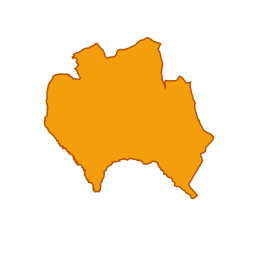 Poiana Sibiului, Alba, Romania, rotated 67°
{"feature_id": "2599482B41231020029051", "entity_name": "Poiana Sibiului", "entity_type": "district", "adm_level": 2, "iso_a3": "ROU", "parent_name": "Romania", "parent_adm1": "Alba", "projection": "equal_earth", "projection_center": [23.723, 45.806], "detail": "fine", "context": "isolated", "style": "filled", "palette": "amber", "viewbox_px": 256, "rotation_deg": 67, "n_neighbors": 0, "source": "geoboundaries", "source_scale": "gbopen_adm2", "svg_char_len": 5862}
<svg xmlns="http://www.w3.org/2000/svg" viewBox="0 0 256 256"><g transform="rotate(67 128 128)"><path d="M142.1,188.7L142.6,188.6L142.6,188.3L142.4,188.1L142.5,187.4L142.8,187.2L143.0,186.3L143.6,185.7L144.7,185.4L145.8,185.7L146.9,184.8L147.1,185.2L147.8,184.9L148.3,184.9L149.0,185.2L149.9,185.2L150.0,183.8L150.7,184.7L154.2,186.3L154.7,186.4L156.2,185.9L158.3,186.1L159.1,185.7L159.6,186.0L160.0,185.9L160.3,185.8L159.9,185.5L160.8,184.9L161.2,185.3L162.2,185.0L162.2,185.4L162.6,185.4L163.8,183.8L164.0,183.0L166.8,182.2L167.2,182.2L167.5,182.8L168.0,183.1L168.5,183.0L169.4,183.2L170.2,183.9L171.8,184.0L171.4,183.1L172.6,183.5L174.0,183.2L174.2,181.7L175.2,180.0L175.2,179.7L174.8,179.2L174.7,178.4L174.5,178.2L171.1,175.9L170.3,175.7L169.6,175.3L168.9,175.3L167.7,174.3L166.8,172.6L166.0,172.2L163.9,169.9L163.6,169.1L160.7,167.8L159.1,167.4L158.8,166.6L158.8,166.0L158.6,165.8L158.2,164.9L157.9,164.7L157.3,163.8L156.6,163.4L156.5,163.0L156.2,162.7L155.8,161.9L155.7,160.5L155.3,159.8L155.3,158.3L155.1,157.8L155.1,157.4L154.9,156.9L153.8,155.8L153.4,155.6L154.2,152.8L155.1,148.5L154.1,148.3L154.4,145.9L154.4,145.0L154.6,144.5L155.5,143.6L155.5,143.3L155.2,142.7L156.7,141.8L157.3,140.7L157.0,140.2L157.2,139.8L157.2,139.5L157.0,139.0L156.4,138.3L157.5,136.6L158.7,135.5L160.0,133.2L161.0,132.4L161.6,131.5L162.0,131.2L162.2,130.8L162.2,129.8L162.5,129.6L162.9,129.0L164.0,128.4L166.5,127.9L166.9,127.7L167.9,125.9L168.3,125.7L168.3,125.0L168.7,124.4L168.6,122.6L168.9,120.7L168.5,119.1L168.5,117.9L168.9,116.8L170.4,115.3L170.7,114.8L171.5,114.6L174.8,114.7L176.0,114.3L179.6,113.8L180.0,113.2L180.5,112.9L181.1,112.8L181.8,112.4L182.4,112.3L183.7,112.3L183.8,112.4L183.9,112.9L184.2,113.1L184.4,113.0L184.7,112.9L184.6,112.2L185.0,111.3L186.2,110.8L187.8,110.7L188.9,110.3L189.8,109.3L190.5,108.2L191.5,107.6L192.8,107.5L194.1,107.7L194.8,107.4L195.8,106.5L196.8,106.4L197.3,106.4L198.6,107.4L199.2,107.5L200.8,106.3L201.2,105.5L201.3,104.6L202.5,103.4L203.7,102.7L206.0,101.9L208.0,100.2L210.6,99.8L211.1,99.4L212.1,98.2L213.0,97.8L213.6,97.1L214.1,96.8L216.7,97.1L217.1,97.0L218.0,96.4L218.3,94.7L217.2,90.7L214.5,91.3L207.9,93.6L204.9,94.2L203.5,94.1L187.7,72.6L187.0,72.2L184.3,71.8L181.0,71.7L180.0,71.1L180.1,69.1L180.3,67.9L179.6,66.1L178.9,65.4L176.3,64.2L176.1,63.9L175.6,62.9L175.5,61.9L174.6,60.1L173.9,59.2L173.7,57.9L172.7,56.1L172.5,55.3L171.5,54.1L169.6,52.7L167.7,53.6L166.6,53.9L165.4,54.6L164.1,56.0L161.0,58.6L160.7,59.1L151.7,60.0L148.5,59.5L148.3,60.0L148.3,60.3L138.3,59.2L135.2,58.5L133.4,58.0L132.9,57.5L131.4,56.4L129.3,56.4L126.4,56.8L125.5,56.7L124.7,56.2L123.9,56.0L121.1,56.0L119.6,55.6L118.9,55.6L116.5,55.0L114.7,54.9L112.3,53.8L110.3,52.5L110.2,53.5L109.3,57.0L105.7,57.6L104.6,58.0L102.0,59.0L101.0,59.8L100.4,60.5L102.7,63.7L103.0,64.5L103.1,65.4L103.0,66.0L102.4,67.2L101.8,69.4L101.3,70.2L100.1,73.1L99.0,74.5L98.9,74.9L99.2,75.4L100.0,76.0L104.1,77.2L105.1,77.8L105.4,78.2L103.8,77.7L102.7,77.6L96.7,77.7L94.0,76.6L90.6,75.9L87.7,74.4L83.9,71.9L82.5,71.3L80.7,70.7L76.0,70.3L74.8,69.9L71.4,69.3L69.9,69.3L68.1,69.6L67.2,69.5L66.7,68.7L65.2,67.4L63.3,65.0L61.6,66.7L61.0,67.6L59.7,68.9L59.0,70.0L57.6,71.1L55.1,72.4L52.5,74.8L52.5,76.6L52.8,79.2L52.4,81.7L52.3,83.2L52.9,84.2L53.4,86.7L54.6,88.8L54.5,91.9L54.9,95.4L54.2,101.2L53.9,102.1L53.3,103.0L52.8,104.2L52.4,105.8L52.5,107.1L52.6,107.4L53.2,108.0L55.0,109.3L56.3,111.0L56.8,112.0L56.9,113.6L55.8,116.7L55.8,118.6L55.6,119.6L55.1,120.4L53.8,120.9L52.4,121.0L50.0,120.6L47.3,120.6L46.1,120.9L44.3,121.9L43.4,121.9L42.8,122.3L41.7,122.4L41.2,123.0L38.4,123.1L37.7,124.4L37.7,125.0L38.6,126.7L38.7,127.4L38.5,129.1L39.0,132.0L39.0,132.8L38.2,135.6L38.1,137.0L38.2,139.0L39.0,141.8L39.1,144.5L38.8,146.9L38.9,148.1L39.0,149.2L40.2,149.0L40.7,150.3L40.9,151.0L40.7,151.3L40.9,151.6L41.3,151.8L42.4,151.6L42.2,150.0L42.3,149.5L42.7,149.3L43.3,148.4L44.1,148.4L44.7,147.9L45.2,147.8L45.8,148.0L46.0,148.9L46.3,149.3L47.5,149.8L48.8,149.4L49.9,148.8L50.4,148.8L50.9,149.7L51.4,150.1L51.9,151.1L52.7,153.1L52.6,153.6L53.5,153.2L55.8,152.7L63.7,152.4L64.0,152.4L64.1,152.6L63.9,154.0L63.6,155.1L61.6,157.9L61.3,159.4L60.1,159.5L58.6,160.3L56.5,162.0L56.2,161.5L55.9,161.5L55.5,161.8L55.1,162.4L55.1,162.8L54.5,163.4L53.7,165.7L52.6,167.3L52.0,168.6L52.0,169.7L51.7,170.0L51.0,172.1L50.9,174.4L51.1,175.2L51.1,176.5L54.0,179.4L54.5,180.3L54.8,181.3L55.4,182.3L56.5,183.3L57.4,184.5L57.9,185.0L58.9,185.4L60.6,186.7L62.1,187.5L64.3,189.1L66.4,189.5L67.2,190.1L68.3,190.3L70.1,191.6L70.6,192.4L71.2,192.8L72.8,192.8L73.6,193.3L74.2,193.1L76.0,193.8L77.6,193.7L77.8,193.9L78.1,194.4L79.0,194.6L79.4,194.8L79.7,195.2L80.5,195.6L81.8,195.7L82.8,196.7L83.9,197.0L85.3,198.2L85.6,199.0L85.7,199.9L85.9,200.3L86.7,200.4L86.9,200.7L89.4,201.9L89.8,202.6L90.3,202.9L91.5,202.9L93.8,203.5L96.3,202.5L97.3,201.9L97.6,201.9L98.1,202.3L98.7,202.4L99.7,202.0L100.3,202.1L100.8,201.7L102.1,201.7L102.6,201.1L104.5,200.4L106.2,199.5L111.0,198.3L111.9,198.6L112.5,198.3L112.8,197.4L113.8,197.5L114.7,197.9L115.8,197.6L115.9,197.0L116.1,197.0L116.9,197.7L117.3,197.7L118.2,196.9L118.8,196.6L118.8,195.8L119.0,195.3L119.8,195.6L120.0,195.3L120.8,195.7L120.9,196.2L121.1,196.2L121.1,195.7L121.5,195.2L121.3,194.7L122.0,194.3L121.5,194.1L121.6,193.9L122.6,193.8L122.7,193.5L123.9,193.2L124.9,193.1L125.6,193.2L126.0,192.8L126.2,192.4L126.9,192.0L127.4,191.3L127.8,191.6L127.7,191.9L127.8,192.3L129.3,191.8L130.2,190.3L131.3,189.6L131.6,190.0L132.3,189.9L133.4,189.0L134.3,190.1L134.5,190.0L134.5,189.6L134.7,189.4L135.1,189.6L134.8,189.9L134.9,190.0L135.7,190.0L136.1,189.9L136.2,189.6L135.9,189.5L135.7,189.2L136.4,189.0L137.1,189.2L136.9,189.9L137.1,190.0L138.0,189.4L138.0,189.1L138.5,188.4L139.2,188.5L139.3,188.6L138.8,188.9L138.7,189.2L139.4,189.6L139.6,189.6L139.7,189.2L140.3,188.1L141.0,188.9L141.3,188.4L142.1,188.7Z" fill="#f59e0b" stroke="#b45309" stroke-width="1.5"/></g></svg>